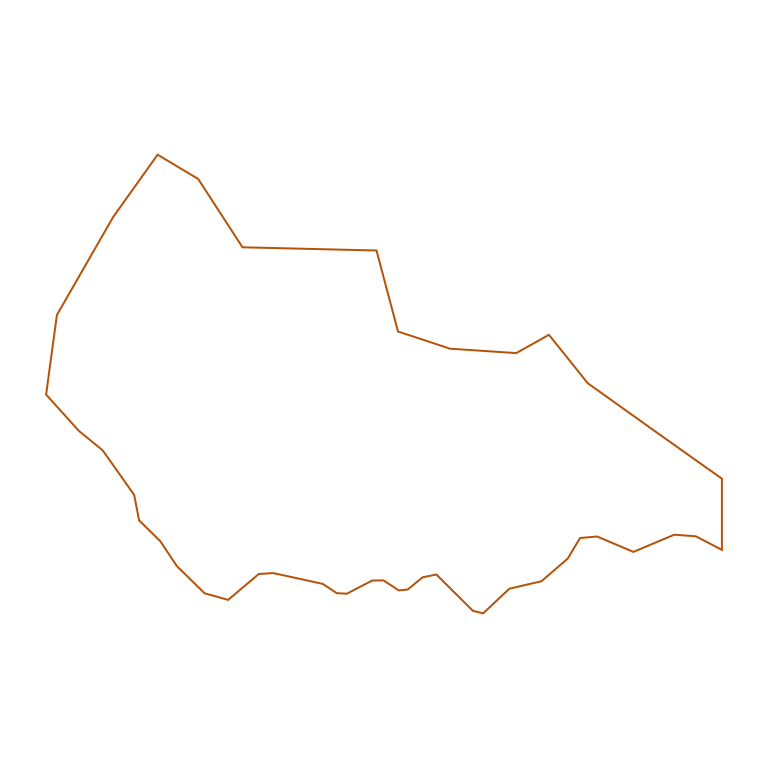 the district of Likasi, Katanga, Democratic Republic of the Congo
{"feature_id": "63176286B59059722008658", "entity_name": "Likasi", "entity_type": "district", "adm_level": 2, "iso_a3": "COD", "parent_name": "Democratic Republic of the Congo", "parent_adm1": "Katanga", "projection": "orthographic", "projection_center": [26.757, -10.963], "detail": "fine", "context": "isolated", "style": "outline", "palette": "amber", "viewbox_px": 768, "rotation_deg": 0, "n_neighbors": 0, "source": "geoboundaries", "source_scale": "gbopen_adm2", "svg_char_len": 868}
<svg xmlns="http://www.w3.org/2000/svg" viewBox="0 0 768 768"><path d="M157.6,154.7L113.1,217.1L56.9,315.0L46.1,394.6L78.9,430.9L102.6,450.3L114.4,466.9L134.2,495.0L139.1,520.4L160.2,541.1L177.0,566.3L188.1,577.1L204.6,593.3L214.7,596.1L228.1,599.9L257.0,575.5L258.7,574.0L273.3,573.1L296.3,578.1L322.8,583.9L336.8,593.2L346.9,593.7L372.0,580.6L374.9,580.5L383.4,580.4L390.4,584.9L398.7,590.4L406.1,589.7L407.6,589.6L422.6,577.3L436.4,574.5L445.8,583.9L473.0,610.9L483.2,613.3L496.5,600.8L509.4,588.7L517.9,586.7L526.5,584.7L538.8,581.9L541.5,581.2L567.7,558.6L577.4,542.4L580.1,538.0L597.1,536.5L633.4,551.9L659.0,541.1L674.3,534.7L695.8,536.3L712.4,544.9L721.9,549.9L721.9,478.7L657.6,433.1L587.7,383.2L568.6,359.3L548.9,334.8L516.2,353.1L450.0,348.7L398.0,331.5L376.5,250.5L242.5,247.3L198.2,179.0L157.6,154.7Z" fill="none" stroke="#b45309" stroke-width="2"/></svg>